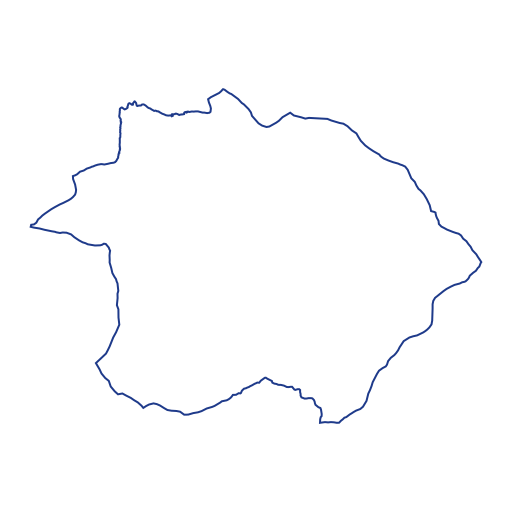 the district of Semonkong, Maseru, Lesotho
{"feature_id": "5366337B2664328548096", "entity_name": "Semonkong", "entity_type": "district", "adm_level": 2, "iso_a3": "LSO", "parent_name": "Lesotho", "parent_adm1": "Maseru", "projection": "robinson", "projection_center": [28.034, -29.842], "detail": "fine", "context": "isolated", "style": "outline", "palette": "blue", "viewbox_px": 512, "rotation_deg": 0, "n_neighbors": 0, "source": "geoboundaries", "source_scale": "gbopen_adm2", "svg_char_len": 6053}
<svg xmlns="http://www.w3.org/2000/svg" viewBox="0 0 512 512"><path d="M106.0,353.6L95.9,363.1L99.6,369.4L101.5,373.5L105.2,378.0L108.8,380.9L110.7,386.5L114.7,391.3L118.0,394.3L122.4,393.5L126.4,395.7L130.8,397.9L134.1,400.2L137.8,402.4L141.5,405.7L143.3,407.9L146.2,406.0L149.1,404.5L153.5,403.4L156.8,404.1L160.0,405.5L164.1,408.1L167.4,410.0L171.4,410.7L176.5,411.0L180.1,411.7L184.2,414.7L188.2,414.6L193.3,413.1L198.0,412.3L201.6,411.1L206.7,408.5L212.2,406.9L214.6,405.9L220.3,402.5L221.8,401.3L226.7,400.3L228.8,399.2L230.6,397.8L231.7,396.6L232.9,394.9L236.0,394.8L238.7,393.2L240.4,393.4L241.0,392.9L241.7,391.1L242.3,390.3L244.0,388.7L246.1,388.2L246.5,387.9L249.1,386.9L250.1,386.2L251.9,385.4L254.6,383.8L255.9,383.3L257.2,382.6L259.2,382.7L260.8,380.7L264.8,377.8L265.8,377.7L267.3,378.7L271.9,381.0L272.3,382.6L274.3,383.6L276.6,384.0L278.2,384.8L280.9,384.9L283.9,385.6L286.8,387.0L288.7,387.1L290.5,386.8L292.1,386.8L294.3,389.5L295.3,389.9L297.7,389.2L299.2,389.2L300.1,390.0L300.1,392.1L300.6,394.0L300.6,395.6L301.5,397.4L304.7,398.6L306.7,398.5L308.7,398.1L310.9,398.1L312.4,398.4L314.0,400.1L314.7,401.9L314.9,403.2L315.5,404.8L318.4,407.2L320.4,408.0L321.0,409.6L321.7,414.0L321.6,416.1L320.7,417.2L320.2,419.2L320.0,422.8L325.0,422.1L328.1,422.4L330.9,422.1L333.9,422.3L336.8,422.8L339.1,422.7L341.0,420.7L342.8,419.3L344.4,417.7L346.3,417.1L349.7,414.5L352.0,413.1L353.5,412.1L356.1,410.6L360.3,409.0L363.0,406.7L366.5,400.9L368.3,393.6L369.9,390.3L371.5,386.2L372.7,382.2L377.0,373.9L379.0,370.7L382.6,368.1L385.8,366.4L387.0,364.6L388.1,361.1L390.8,357.8L394.3,355.1L396.1,353.1L398.1,350.3L399.6,347.3L403.7,341.1L409.4,337.5L413.1,336.3L417.1,335.4L423.3,332.4L425.4,331.0L427.3,329.5L429.4,327.4L431.5,324.4L432.2,320.6L432.6,308.5L432.6,304.2L433.3,300.8L435.1,297.8L443.5,291.1L446.6,288.9L450.9,286.6L454.5,284.9L459.8,283.5L462.1,282.3L464.5,281.8L465.6,281.3L466.8,280.2L468.2,278.8L469.0,277.5L469.8,275.7L473.2,272.7L475.9,270.8L477.8,268.0L479.3,266.6L480.7,263.0L481.3,262.1L480.1,260.2L477.8,256.8L476.3,254.3L472.4,250.2L470.6,246.7L468.4,244.1L466.4,241.2L463.2,238.7L461.0,235.4L458.6,233.7L456.0,233.0L452.8,231.9L447.0,229.6L444.3,228.1L441.4,226.6L438.9,224.0L438.5,220.8L437.0,218.1L436.3,216.4L435.7,214.1L435.5,212.6L434.5,212.0L431.1,211.1L429.7,205.2L426.7,199.0L423.8,194.2L420.4,190.4L418.5,188.9L416.4,185.5L414.8,181.9L411.3,178.3L407.7,169.8L405.2,166.6L402.3,165.2L400.1,164.5L398.2,163.6L393.1,162.2L388.4,160.5L383.9,158.6L381.4,156.9L380.0,155.6L379.4,154.6L373.4,151.2L368.9,148.2L365.2,145.4L360.8,140.8L358.5,137.1L356.4,133.4L351.9,130.4L347.5,126.2L343.4,123.7L339.7,123.0L331.3,120.5L327.4,118.9L309.0,117.9L305.3,118.6L301.2,117.3L293.9,115.5L290.2,112.7L282.5,117.2L278.9,120.8L276.2,122.7L269.4,126.5L266.5,127.0L262.1,125.6L258.5,123.3L252.0,115.9L250.9,112.4L248.6,109.1L243.9,104.4L241.8,103.0L238.1,99.0L231.3,94.0L229.7,93.4L227.3,91.8L224.7,89.8L223.5,89.3L223.0,89.2L222.0,90.2L221.3,91.1L219.1,93.0L211.0,97.1L208.1,99.2L208.9,102.4L210.3,106.0L210.9,108.5L210.5,111.8L209.5,112.7L207.2,113.1L204.3,112.6L202.6,112.6L198.0,111.4L195.7,111.4L193.8,111.6L191.8,111.5L189.2,112.0L188.2,111.6L187.6,111.6L187.2,111.7L187.3,111.9L187.6,112.0L186.8,112.5L186.6,112.3L186.2,112.5L185.6,112.0L184.8,112.2L184.3,112.6L184.1,113.2L184.2,113.7L184.1,114.1L183.1,114.3L181.9,114.5L181.2,114.4L180.9,114.6L180.0,114.7L179.2,115.0L177.6,114.1L176.0,113.6L175.4,113.7L174.9,114.1L174.3,114.1L173.3,114.4L172.4,114.2L171.9,114.3L171.8,114.5L172.0,115.1L172.3,115.1L172.8,115.5L172.8,115.8L171.9,116.2L171.8,115.9L170.9,115.7L170.3,115.4L168.3,115.6L166.7,115.4L165.5,115.1L164.7,114.6L162.2,113.7L160.3,112.6L159.4,112.2L159.3,111.9L158.4,111.4L157.8,111.3L157.0,111.3L156.7,111.0L155.3,110.6L154.5,110.9L154.1,110.9L153.7,110.6L151.3,109.3L150.5,108.6L148.7,108.0L147.7,107.4L145.7,105.6L144.1,104.6L143.4,104.4L142.3,104.5L141.7,104.7L141.3,105.3L140.9,105.5L138.7,105.6L137.4,106.0L136.8,105.7L136.6,105.2L136.5,104.8L136.1,103.0L135.2,101.9L134.7,101.4L134.4,101.5L133.6,102.6L133.3,102.9L133.0,103.4L132.9,104.1L133.0,104.5L132.9,104.7L132.2,104.8L131.6,104.6L130.8,103.8L129.3,103.2L128.5,103.7L128.2,104.4L127.9,105.7L127.6,106.2L127.6,107.1L127.4,107.1L127.3,108.0L126.9,108.3L126.4,108.6L125.8,109.0L124.7,109.4L124.3,109.2L122.0,107.5L121.5,107.5L120.9,107.9L120.1,108.6L119.9,108.9L119.8,110.0L119.9,110.5L119.6,112.1L119.8,112.6L119.5,113.9L119.5,114.6L119.2,116.1L119.6,117.5L120.6,118.9L120.8,119.8L120.8,120.2L120.5,120.9L121.1,121.9L120.9,122.0L120.8,122.6L120.9,123.0L121.0,123.3L120.5,125.2L120.5,126.5L120.2,127.2L120.2,127.7L120.5,128.1L120.1,129.9L120.3,130.4L120.1,132.4L120.5,133.2L120.3,134.8L120.3,137.0L120.1,137.8L119.7,138.2L119.8,139.9L119.8,142.9L119.6,144.4L119.7,145.5L119.6,146.4L120.0,147.1L119.8,147.6L119.9,148.3L120.1,148.8L119.8,149.4L120.0,149.8L119.0,152.3L119.1,152.6L119.3,152.7L119.4,152.9L118.8,153.4L118.6,154.0L118.7,154.4L118.4,154.9L118.5,155.4L118.1,156.7L118.2,157.2L118.1,157.8L117.3,159.0L116.1,161.2L115.6,161.5L115.2,162.1L113.7,162.7L110.6,163.1L107.9,163.8L104.4,164.5L103.6,164.4L102.5,164.2L101.0,164.1L97.8,164.7L95.2,165.5L92.9,166.5L91.8,166.7L90.5,167.4L86.8,168.6L83.8,170.5L80.0,171.7L77.1,174.3L75.2,175.3L72.9,176.1L73.1,179.1L75.1,184.5L76.1,189.9L75.8,192.3L75.1,194.6L72.9,197.1L70.9,198.8L68.5,200.3L63.1,203.0L59.9,204.4L54.9,207.1L51.3,209.2L44.8,213.7L42.3,215.6L40.3,217.6L38.1,219.4L36.3,222.7L34.0,224.4L31.2,224.8L30.7,226.8L33.9,227.6L39.6,228.5L44.6,229.8L51.9,231.3L55.0,231.8L56.3,232.3L60.0,233.0L62.6,232.5L66.5,232.7L71.1,234.4L74.3,237.2L79.1,240.4L82.6,242.3L85.5,243.2L87.8,244.3L95.0,245.5L97.6,245.4L100.3,245.3L102.0,244.8L103.9,243.7L105.8,244.0L108.8,247.6L109.3,249.1L110.1,250.7L109.8,252.5L109.5,255.4L109.7,259.9L109.6,262.5L111.2,267.9L112.4,273.1L114.4,276.7L116.0,279.1L116.6,281.3L117.5,283.4L118.3,290.9L117.5,293.7L117.6,298.1L116.9,305.2L118.4,309.3L118.5,317.6L119.3,324.7L116.1,332.2L113.2,337.5L109.6,346.5L107.8,350.2L106.0,353.6Z" fill="none" stroke="#1e3a8a" stroke-width="2"/></svg>